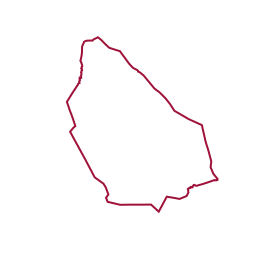 outline of "Midtre Gauldal" nor, Sør-Trøndelag, Norway, rotated 53°
{"feature_id": "86288312B16498959259468", "entity_name": "\"Midtre Gauldal\" nor", "entity_type": "district", "adm_level": 2, "iso_a3": "NOR", "parent_name": "Norway", "parent_adm1": "Sør-Trøndelag", "projection": "natural_earth1", "projection_center": [10.569, 62.895], "detail": "fine", "context": "isolated", "style": "outline", "palette": "rose", "viewbox_px": 256, "rotation_deg": 53, "n_neighbors": 0, "source": "geoboundaries", "source_scale": "gbopen_adm2", "svg_char_len": 3546}
<svg xmlns="http://www.w3.org/2000/svg" viewBox="0 0 256 256"><g transform="rotate(53 128 128)"><path d="M174.7,188.7L184.6,180.5L191.4,171.2L192.8,169.4L194.6,167.0L197.4,163.3L203.0,155.7L213.3,153.8L206.2,138.4L211.4,133.4L215.7,129.5L217.6,122.2L215.8,118.5L213.1,117.1L212.9,117.0L212.7,116.9L212.7,116.6L212.7,115.6L212.8,115.3L212.9,115.2L213.0,115.1L213.0,114.9L213.1,114.7L213.3,114.7L213.3,114.4L213.2,114.3L213.1,114.2L212.8,114.0L212.8,113.9L212.9,113.6L212.9,113.4L213.0,113.4L213.1,113.2L213.2,112.9L213.3,112.8L213.4,112.7L213.5,112.7L213.9,112.6L214.0,112.6L214.0,112.4L214.0,112.2L213.9,111.6L213.7,111.5L213.6,111.4L213.6,111.2L213.3,110.8L213.3,110.7L213.3,110.4L213.2,110.2L213.1,109.9L213.1,109.7L213.2,109.4L213.3,109.3L213.5,109.3L213.5,109.2L214.2,108.8L214.8,108.5L215.1,108.4L215.4,108.1L215.5,108.0L215.5,107.9L215.7,107.5L216.1,106.1L217.5,102.7L218.0,101.3L220.2,94.7L221.5,90.5L221.8,90.4L222.0,90.3L222.0,90.2L222.2,89.9L222.3,89.8L222.3,89.7L222.4,89.4L222.5,89.3L222.6,89.2L222.6,88.9L222.7,88.7L222.9,88.5L223.0,88.5L223.0,88.4L223.0,88.2L223.3,87.9L223.3,87.7L223.2,87.5L223.2,87.4L223.1,87.2L223.3,87.1L215.9,87.4L209.0,85.6L206.9,83.6L204.8,81.6L194.5,77.4L190.6,76.0L188.5,75.3L184.6,73.8L181.1,72.2L178.7,71.1L176.4,70.1L174.6,69.3L172.9,68.5L171.4,67.8L171.1,67.6L170.1,67.3L157.4,74.2L142.2,80.6L134.0,80.0L126.7,80.2L118.1,81.4L117.0,81.8L112.2,83.2L111.9,83.2L110.7,83.2L104.2,83.5L95.2,83.9L93.6,84.4L92.8,84.5L92.6,84.6L92.2,84.7L91.7,84.8L91.3,84.9L90.4,85.2L89.0,86.0L88.5,85.7L88.3,85.6L87.8,85.6L85.7,86.5L85.0,86.9L83.8,87.4L83.2,87.7L82.3,87.9L80.7,88.0L80.4,88.1L77.6,88.4L76.4,88.4L76.1,88.4L75.7,88.4L73.9,88.4L70.0,88.3L64.7,88.3L61.8,88.2L61.4,88.5L58.5,90.6L56.4,92.1L53.8,93.9L52.7,94.7L47.1,95.7L41.4,96.4L37.7,97.4L37.4,97.5L37.2,98.8L37.1,99.1L37.1,99.5L36.9,100.4L36.9,100.5L36.8,100.8L36.8,101.0L36.7,101.3L36.7,101.5L36.6,101.8L36.6,102.0L36.6,102.3L36.8,103.9L36.1,104.5L34.7,106.6L33.4,108.4L32.7,110.8L32.9,111.5L33.6,112.5L34.7,114.6L35.2,115.5L36.5,116.6L39.6,119.0L41.0,120.3L41.3,120.6L41.8,121.1L43.1,122.4L44.3,123.9L45.3,124.9L45.6,125.5L45.8,125.6L46.1,125.7L47.5,125.8L47.6,126.0L48.4,126.3L49.1,126.4L49.5,126.6L50.3,126.8L50.5,127.0L51.3,127.5L51.4,127.8L51.4,128.0L51.5,128.0L51.6,128.4L51.8,128.5L52.0,128.8L52.0,129.0L52.2,129.3L52.3,129.2L52.4,129.3L52.5,129.3L52.8,129.4L53.0,129.3L53.3,129.3L53.5,129.5L53.9,129.8L54.2,129.8L54.3,129.9L54.3,130.0L54.0,130.1L54.2,130.3L54.3,130.4L54.3,130.6L54.4,130.8L54.5,130.9L54.7,131.1L54.9,131.3L55.1,131.4L55.1,131.5L55.2,131.8L55.3,131.9L55.4,132.1L55.7,132.2L55.8,132.2L56.0,132.2L56.3,132.2L56.4,132.3L56.8,132.6L57.3,133.3L57.6,133.6L58.0,133.9L58.1,134.0L58.3,134.0L58.5,134.3L58.6,134.5L58.9,134.8L59.1,134.9L59.0,135.0L59.3,135.3L59.2,135.4L59.0,135.6L58.9,135.8L59.0,135.8L58.9,135.9L59.1,136.0L59.2,136.3L59.3,136.4L59.3,136.5L59.5,136.6L59.8,136.8L60.0,136.9L60.2,137.2L60.1,137.3L60.4,137.4L60.6,137.5L60.7,137.8L61.0,137.9L61.0,138.0L61.3,138.3L61.2,138.5L61.3,138.7L61.4,138.8L61.5,139.0L61.9,139.1L62.1,139.3L62.3,139.6L62.7,139.9L62.8,139.9L62.7,140.2L62.6,140.3L62.7,140.5L62.7,141.0L62.8,141.2L63.0,141.5L63.2,141.9L63.2,142.0L63.4,142.2L63.4,142.4L63.4,142.5L63.6,143.1L63.7,143.3L64.3,144.9L66.2,150.2L66.4,150.8L70.3,161.0L78.0,163.6L86.2,166.0L94.8,168.9L94.8,169.3L94.8,170.0L95.0,171.6L95.0,171.9L96.2,176.5L103.7,177.6L118.7,179.8L127.0,181.0L146.8,184.2L147.1,184.2L147.7,184.2L157.6,181.1L162.0,181.5L169.3,183.7L170.5,187.5L174.7,188.7Z" fill="none" stroke="#9f1239" stroke-width="2"/></g></svg>